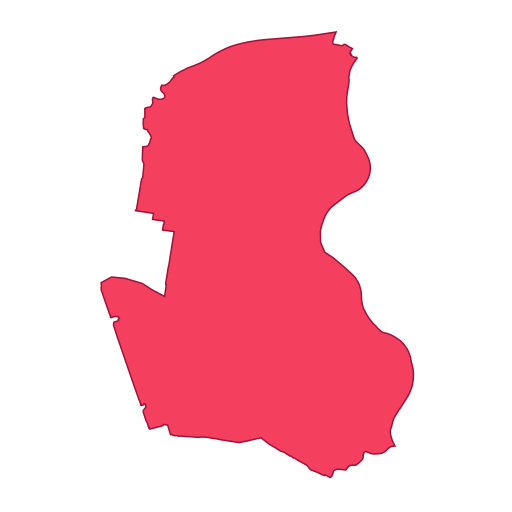 Halderberge, Noord-Brabant, Netherlands, rotated 89°
{"feature_id": "6326949B33385594138749", "entity_name": "Halderberge", "entity_type": "district", "adm_level": 2, "iso_a3": "NLD", "parent_name": "Netherlands", "parent_adm1": "Noord-Brabant", "projection": "albers", "projection_center": [4.523, 51.59], "detail": "fine", "context": "isolated", "style": "filled", "palette": "rose", "viewbox_px": 512, "rotation_deg": 89, "n_neighbors": 0, "source": "geoboundaries", "source_scale": "gbopen_adm2", "svg_char_len": 6029}
<svg xmlns="http://www.w3.org/2000/svg" viewBox="0 0 512 512"><g transform="rotate(89 256 256)"><path d="M448.4,120.3L445.3,121.9L442.3,123.2L436.3,124.7L434.3,124.8L432.4,124.6L431.0,124.2L429.4,123.6L423.8,122.1L422.1,121.5L419.8,120.5L417.4,119.0L413.3,116.3L412.1,115.6L411.8,115.3L411.2,114.8L401.4,108.3L399.2,106.8L396.6,105.4L394.4,104.3L391.0,103.0L388.6,102.2L385.5,101.5L381.8,100.9L376.2,100.6L372.2,100.9L369.9,101.3L363.5,102.8L360.4,103.2L359.1,103.5L358.4,103.8L353.9,105.4L352.0,106.3L347.3,109.5L345.8,110.6L343.9,112.5L342.5,114.1L339.6,118.3L337.5,121.8L336.7,123.6L335.6,126.8L334.7,130.3L334.6,130.7L334.0,131.6L333.0,132.8L329.9,136.0L327.7,137.8L327.2,138.4L325.0,140.5L323.2,141.9L319.6,144.5L316.6,146.3L310.5,149.4L306.8,150.5L304.8,150.8L302.0,151.2L294.7,151.4L291.0,152.0L286.6,153.2L283.6,154.6L281.2,156.0L279.1,157.4L276.9,159.3L275.5,160.7L271.2,165.3L265.7,171.3L262.9,174.6L261.6,176.0L259.6,178.2L257.3,181.4L256.4,182.8L255.5,184.0L254.6,185.6L253.3,187.1L252.0,187.8L248.2,189.2L247.2,189.7L244.4,190.8L243.1,191.1L241.1,191.2L232.4,191.2L230.0,190.7L226.8,189.9L220.0,187.4L216.8,186.0L213.8,184.2L211.3,182.4L208.6,179.8L206.8,177.7L198.6,166.6L196.7,163.7L195.7,161.7L194.0,157.8L193.2,155.5L192.1,153.2L191.4,152.1L189.8,149.9L188.6,148.5L186.5,146.5L184.1,144.7L182.7,143.8L179.4,142.1L177.1,141.3L175.1,140.7L171.2,140.2L167.3,140.2L163.8,140.8L161.3,141.5L156.4,143.6L152.7,145.5L150.8,146.7L148.6,148.6L144.1,153.1L143.0,154.1L141.6,155.1L139.3,156.1L126.2,160.0L122.9,160.7L116.5,161.9L105.6,162.7L100.4,162.6L96.8,162.3L85.2,160.2L80.8,159.8L79.4,160.2L75.2,159.4L73.5,159.2L70.9,158.2L67.7,156.7L64.2,154.6L59.9,151.4L59.0,152.3L59.1,153.5L58.9,154.8L56.8,157.8L56.0,157.2L54.8,158.9L50.3,155.9L49.1,158.3L48.2,159.9L47.4,160.8L46.4,162.3L45.9,163.7L45.9,164.3L46.1,164.6L46.7,165.3L47.1,166.1L47.2,166.4L47.2,167.1L47.0,168.0L46.7,168.8L46.3,171.1L46.2,171.9L45.6,174.3L45.2,175.1L45.0,175.4L44.6,175.5L42.9,175.5L42.3,175.4L40.2,174.5L39.7,174.7L33.4,172.0L36.4,194.5L36.9,199.9L37.4,205.2L39.8,243.2L40.2,247.6L40.6,251.5L42.0,261.0L43.3,267.3L44.4,271.9L45.2,274.8L46.8,279.6L48.1,282.8L49.8,286.5L51.1,289.1L53.0,292.7L56.4,298.2L57.3,299.5L58.5,301.8L59.0,302.5L60.5,305.2L62.4,309.1L63.4,311.6L64.4,314.2L66.7,320.6L68.7,325.0L71.1,329.8L72.9,332.9L74.4,335.3L76.0,334.8L76.5,336.0L76.9,336.4L77.7,337.1L80.0,338.7L81.0,339.6L83.1,342.9L83.6,344.0L83.8,345.1L83.5,347.1L84.6,347.6L85.5,348.3L86.5,348.5L87.7,348.4L88.8,348.1L89.9,347.4L91.0,346.2L91.9,345.3L92.5,344.9L93.3,344.6L95.1,344.3L96.2,344.8L96.8,345.5L97.2,346.3L97.5,347.5L97.7,348.5L97.7,349.2L97.5,351.1L97.0,352.3L95.9,354.7L95.6,355.3L95.6,355.9L95.8,356.2L96.3,356.6L97.9,356.8L98.6,356.8L100.5,356.5L101.1,356.5L102.6,357.2L104.2,358.2L104.8,358.8L105.1,359.5L105.4,361.1L105.6,361.8L105.7,362.7L105.8,363.5L106.6,364.6L115.7,364.7L116.7,366.2L121.1,366.5L126.3,366.2L126.1,365.9L126.2,365.6L127.0,365.2L127.6,364.4L127.7,363.8L127.6,362.7L127.7,362.4L128.0,362.2L129.7,361.9L131.1,360.7L131.8,360.2L135.1,358.7L136.1,358.5L137.5,359.2L137.4,359.4L140.4,360.2L143.4,361.7L144.0,362.4L144.5,363.7L144.7,365.5L144.8,367.3L145.7,367.5L145.8,367.3L151.0,367.7L157.8,368.0L158.9,367.8L161.0,366.8L161.6,366.6L162.5,366.5L175.7,367.9L176.1,368.1L176.8,369.0L177.1,369.1L206.8,374.6L207.1,374.7L207.8,375.2L208.0,375.4L208.2,375.8L208.6,375.6L211.6,357.7L217.6,358.8L219.5,347.2L222.3,347.4L222.7,347.9L228.4,349.0L230.2,337.4L246.2,340.3L247.3,340.4L253.8,341.6L262.5,343.1L269.1,344.6L271.4,344.9L280.6,346.6L283.0,346.7L283.1,346.2L294.9,348.1L287.8,360.8L282.5,368.6L281.3,370.7L276.0,387.5L276.0,388.1L275.9,388.6L275.6,391.1L274.5,400.9L280.0,411.4L282.0,411.1L283.3,411.1L285.0,411.4L287.1,411.4L307.4,404.8L311.2,403.5L313.4,402.6L313.6,402.7L314.1,402.7L313.9,402.3L314.6,402.1L314.7,402.5L314.9,402.4L315.1,402.0L315.1,401.7L314.0,398.4L314.0,397.1L314.2,395.8L314.3,395.2L314.6,394.7L315.0,394.5L315.7,393.6L316.9,394.5L317.0,394.9L318.3,394.5L319.2,397.9L319.2,398.0L319.4,398.6L319.6,399.0L319.9,399.3L320.3,399.5L322.3,399.7L323.0,399.6L336.1,395.6L382.9,380.4L396.4,375.9L401.7,374.0L402.4,374.0L402.3,373.7L402.8,373.5L402.9,373.8L403.1,373.7L403.4,373.5L403.5,373.2L402.8,370.8L402.0,370.5L401.8,369.9L402.3,369.2L405.0,368.6L408.1,371.2L409.0,371.5L410.0,371.5L418.8,368.8L421.3,367.5L426.1,366.2L425.9,365.6L427.2,365.2L424.3,352.9L423.6,351.7L422.9,351.5L423.0,350.4L423.5,347.3L433.1,344.6L433.0,344.0L433.0,343.7L433.7,342.3L434.2,340.8L434.2,338.1L434.7,337.2L434.8,335.8L434.8,334.0L435.4,327.7L435.6,324.0L436.2,318.2L436.3,317.3L436.3,315.4L436.0,314.2L436.1,313.4L436.1,310.1L436.3,309.5L436.7,306.3L437.1,304.9L438.2,298.1L439.1,294.6L439.2,293.5L439.6,291.6L439.8,289.9L440.3,287.7L440.4,286.3L440.8,284.7L441.1,282.5L441.6,280.2L441.8,278.7L442.2,276.8L442.3,276.2L442.1,275.7L442.1,274.5L441.6,273.2L441.4,270.9L441.0,269.7L440.9,269.2L440.8,267.3L440.6,266.8L440.2,265.9L440.1,264.8L439.7,263.1L439.6,262.0L438.6,258.3L438.6,257.2L438.0,254.8L437.9,254.1L444.5,245.9L448.3,239.6L450.9,235.9L451.8,234.0L452.2,232.7L452.4,232.0L453.3,230.4L454.8,228.4L455.4,227.2L456.2,226.3L456.7,225.3L456.6,225.0L456.6,224.7L456.8,224.1L458.1,222.9L458.5,222.4L458.7,221.8L459.0,220.7L459.2,220.2L461.1,217.6L462.4,215.1L466.2,208.7L470.3,205.5L470.6,205.3L470.8,204.9L473.0,199.3L476.1,193.1L476.6,191.3L476.0,191.0L477.4,188.1L477.8,187.4L478.4,186.6L478.6,186.2L478.5,185.1L477.7,184.3L476.3,183.4L472.3,182.2L471.6,181.2L471.1,180.4L470.9,179.8L470.7,178.8L470.8,175.1L471.5,170.6L471.5,170.0L471.4,169.8L471.0,169.3L469.4,168.4L468.4,167.6L468.0,167.1L467.1,165.5L466.9,164.6L466.8,163.6L466.9,160.3L466.7,159.7L466.5,159.3L464.3,156.3L461.3,153.2L460.4,152.7L459.5,152.4L456.7,152.2L455.1,151.7L454.0,151.1L453.5,150.4L453.5,149.6L453.6,149.0L455.5,144.6L455.7,143.5L456.0,141.8L455.9,137.1L455.6,134.9L455.3,133.7L454.8,132.4L453.9,130.6L452.9,129.3L451.7,128.2L450.1,126.5L449.0,124.5L448.7,123.4L448.5,121.6L448.4,120.3Z" fill="#f43f5e" stroke="#9f1239" stroke-width="1.5"/></g></svg>